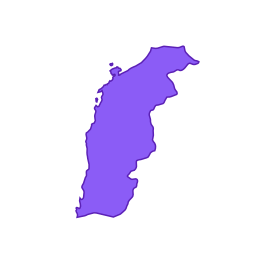 an SVG outline of Ica, rotated 49°
{"feature_id": "PER-589", "entity_name": "Ica", "entity_type": "Department", "adm_level": 1, "iso_a3": "PER", "parent_name": "Peru", "parent_adm1": "", "projection": "natural_earth1", "projection_center": [-75.673, -14.21], "detail": "fine", "context": "isolated", "style": "filled", "palette": "violet", "viewbox_px": 256, "rotation_deg": 49, "n_neighbors": 0, "source": "natural_earth", "source_scale": "10m", "svg_char_len": 4128}
<svg xmlns="http://www.w3.org/2000/svg" viewBox="0 0 256 256"><g transform="rotate(49 128 128)"><path d="M162.0,225.0L160.8,223.4L160.0,222.8L158.7,222.3L157.3,222.0L156.3,221.5L155.9,220.3L155.6,220.0L154.4,219.7L154.3,219.1L154.4,218.8L155.3,218.2L156.7,217.8L156.9,216.8L155.9,215.1L153.9,213.7L151.2,212.3L149.4,210.2L150.7,210.3L151.5,209.9L151.8,209.1L151.7,208.1L151.4,207.4L150.9,206.7L147.6,203.2L146.3,202.5L142.8,201.9L141.8,201.0L141.2,199.7L140.6,197.9L137.4,192.6L137.0,191.1L136.4,190.3L134.0,188.4L133.3,187.6L133.2,187.0L133.3,184.5L133.0,184.0L130.0,181.3L124.5,178.3L122.7,177.1L121.3,176.3L119.7,175.1L116.7,172.3L113.3,170.5L113.1,170.1L112.6,169.6L111.9,169.3L111.3,169.1L110.6,168.8L110.1,168.1L109.7,167.2L109.2,166.4L108.7,165.9L108.2,165.5L105.4,163.9L104.4,162.7L104.6,160.9L104.4,159.1L104.3,157.2L103.4,155.6L102.2,153.7L101.5,153.2L101.3,152.3L101.6,151.6L102.1,150.3L101.8,149.6L101.0,147.8L99.5,146.9L97.2,145.3L96.4,144.4L95.1,142.3L94.2,141.2L93.5,140.9L91.9,140.7L91.2,140.4L90.7,139.8L90.0,137.3L91.9,137.1L92.4,136.3L92.5,135.6L92.0,134.5L91.4,133.0L91.0,132.2L90.5,130.5L89.7,129.1L88.6,128.5L87.5,128.0L86.9,127.0L86.6,125.7L86.1,124.7L85.2,124.1L82.8,123.1L82.7,124.8L81.4,127.3L80.1,124.6L80.7,122.5L80.6,119.6L80.0,117.8L80.7,117.2L80.8,115.9L81.6,115.3L81.2,114.5L81.4,113.8L81.5,113.0L80.9,112.1L80.5,110.7L81.3,110.4L81.5,108.4L81.0,107.1L79.8,106.2L79.6,105.2L79.7,104.7L79.9,104.1L79.9,103.5L79.6,103.0L78.9,102.8L78.4,103.2L78.2,104.5L77.8,105.1L76.9,104.8L75.8,105.0L74.5,104.2L73.1,104.1L73.1,102.1L73.3,100.9L74.2,98.4L74.9,97.3L74.6,96.3L75.3,95.7L76.5,96.0L77.7,94.9L78.9,94.9L79.7,95.1L80.1,96.0L79.4,97.1L79.2,98.2L79.9,98.8L80.8,99.3L82.0,100.4L82.6,99.6L82.6,97.9L83.0,96.3L84.0,92.7L84.6,90.4L84.5,88.8L84.8,86.6L85.5,84.0L86.3,81.6L87.5,75.0L87.0,69.1L86.5,66.2L84.8,60.6L82.9,57.7L86.0,55.0L87.2,53.3L89.6,47.8L90.2,47.0L99.8,38.0L100.5,37.1L101.0,36.2L101.9,33.6L102.4,32.7L103.0,32.4L103.4,32.3L103.6,32.4L104.0,32.6L107.2,34.4L108.8,34.8L113.4,34.7L119.8,33.6L120.8,33.3L122.6,31.9L124.4,31.0L124.9,31.7L125.0,32.1L125.1,32.4L125.0,33.0L124.7,34.0L124.0,35.7L123.3,36.6L122.6,37.2L120.0,38.6L119.5,39.1L119.2,39.9L119.1,41.0L119.9,45.4L120.0,46.5L120.0,47.7L119.7,49.5L119.2,50.4L118.6,51.1L117.3,51.7L116.8,52.2L116.3,52.8L116.1,53.6L115.8,55.6L115.6,56.5L115.3,57.2L114.1,59.2L113.5,60.6L113.2,61.4L113.1,62.2L113.2,63.1L113.4,63.8L113.9,64.3L115.8,64.8L120.4,64.6L121.8,64.5L123.2,64.6L125.5,65.3L128.9,67.0L130.4,67.3L132.9,67.5L133.6,67.9L134.2,68.3L134.6,69.2L132.6,74.8L131.9,76.2L131.0,77.3L130.2,78.5L131.5,82.2L132.2,83.6L132.5,84.5L132.5,85.6L130.4,90.2L129.4,91.6L129.2,92.6L129.4,93.2L129.6,94.0L130.6,96.1L130.8,96.8L130.6,97.6L129.9,98.9L129.8,99.6L130.0,100.3L130.6,101.7L131.2,102.6L132.0,103.4L136.0,105.3L136.7,105.8L137.9,106.8L138.9,107.4L140.2,108.0L141.1,108.2L143.6,108.5L144.3,108.8L145.2,109.4L146.4,110.7L150.1,113.6L153.1,117.4L155.0,117.8L157.0,117.9L157.9,118.2L158.8,118.5L160.0,119.3L161.4,120.7L162.7,122.7L162.0,124.0L161.7,124.8L161.5,126.0L161.5,127.4L162.7,130.5L163.1,131.9L162.7,133.4L160.2,139.0L159.4,140.2L158.8,141.4L158.3,142.9L158.8,143.7L159.4,144.3L162.3,146.6L162.8,147.1L163.2,147.7L163.8,149.1L163.9,150.1L164.0,150.9L162.6,154.1L163.4,157.4L163.6,159.4L163.9,160.0L164.5,160.2L168.0,159.4L168.6,159.2L169.2,158.8L169.7,158.2L171.3,155.7L171.9,155.2L172.5,155.0L173.2,155.0L173.9,155.3L174.6,155.9L175.2,156.7L175.9,158.0L176.6,158.7L177.2,159.3L177.6,159.9L177.9,160.6L177.4,162.7L177.5,163.7L178.1,164.9L178.7,165.6L181.7,167.9L182.1,168.5L182.6,169.1L182.9,170.1L183.1,171.6L183.3,174.0L183.9,176.2L185.2,177.9L186.1,180.1L187.3,182.1L187.6,182.9L187.9,183.8L188.0,186.7L188.0,189.3L187.9,190.5L185.6,197.4L171.4,207.6L169.7,209.3L167.2,214.3L166.7,215.5L166.3,217.1L165.8,218.3L162.0,225.0L162.0,225.0ZM69.7,98.0L70.2,98.2L70.2,99.1L69.9,99.8L69.3,100.0L68.5,100.0L68.0,99.8L68.1,98.9L68.7,98.2L68.9,97.4L69.6,97.5L69.7,98.0ZM86.5,132.2L87.0,133.1L87.2,133.8L87.9,134.2L87.6,134.7L86.8,134.5L85.7,133.6L84.8,133.1L84.9,132.2L85.4,131.9L86.5,132.2Z" fill="#8b5cf6" stroke="#5b21b6" stroke-width="1.5"/></g></svg>